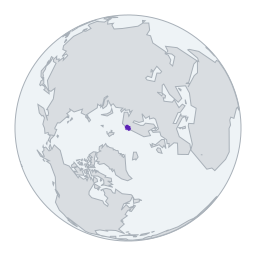 the Earth from above Troms, rotated 254°
{"feature_id": "NOR-900", "entity_name": "Troms", "entity_type": "County", "adm_level": 1, "iso_a3": "NOR", "parent_name": "Norway", "parent_adm1": "", "projection": "orthographic", "projection_center": [18.955, 69.32], "detail": "fine", "context": "on_globe", "style": "filled", "palette": "violet", "viewbox_px": 256, "rotation_deg": 254, "n_neighbors": 0, "source": "natural_earth", "source_scale": "10m", "svg_char_len": 13813}
<svg xmlns="http://www.w3.org/2000/svg" viewBox="0 0 256 256"><g transform="rotate(254 128 128)"><circle cx="128" cy="128" r="113" fill="#eef3f6" stroke="#a8b0b8"/><path d="M16.3,113.3L16.2,114.2L17.4,109.3L18.0,106.4L17.9,105.1L20.6,94.9L22.9,89.8L37.8,61.8L40.7,58.4L42.9,56.9L58.8,45.1L46.8,52.2L51.0,48.4L56.3,44.7L55.8,45.7L62.7,42.5L67.9,39.4L76.7,37.8L83.5,41.8L80.3,42.7L82.3,43.7L86.4,42.6L88.6,41.7L101.0,44.6L114.8,43.5L118.6,40.5L118.2,43.3L125.1,36.1L132.3,34.4L124.5,38.0L123.9,39.7L128.9,39.2L129.4,40.9L132.2,41.6L132.3,43.7L127.8,45.7L127.8,47.1L131.3,46.8L133.7,48.7L128.5,49.0L132.1,52.4L125.2,56.7L111.2,56.4L107.6,61.0L93.8,66.4L95.3,67.8L91.1,70.9L91.2,73.7L88.6,74.1L91.0,76.0L93.4,75.2L95.2,75.8L95.5,77.4L92.2,78.1L91.6,77.4L90.8,78.4L89.0,78.1L90.1,79.2L86.1,79.9L90.5,81.6L87.7,84.2L84.9,84.0L84.7,80.8L77.6,73.1L74.8,72.1L71.0,73.9L64.9,83.6L61.9,84.0L58.3,86.8L60.1,88.0L63.6,86.2L66.2,89.3L70.2,86.9L71.8,87.8L76.1,86.8L76.0,90.4L73.5,94.5L69.9,95.6L68.8,97.5L72.6,99.3L66.4,104.3L63.0,112.7L61.3,113.7L57.3,110.3L56.2,102.9L50.9,98.9L54.8,105.1L50.6,107.6L50.1,109.6L50.7,111.6L52.5,112.0L51.1,113.7L46.8,108.2L47.9,106.5L49.3,108.3L48.7,104.9L45.7,101.4L43.8,103.1L41.3,96.3L39.9,97.5L38.6,96.8L41.0,95.3L36.7,97.9L33.4,91.2L27.4,95.6L32.8,88.1L34.3,83.8L35.7,79.0L34.6,79.6L37.8,72.8L38.4,68.2L35.1,68.9L31.3,73.2L28.1,80.4L28.7,81.3L27.3,86.4L24.9,86.0L21.9,95.8L20.2,97.5L18.9,101.6L18.2,105.9L17.2,111.5L17.7,113.4L18.0,118.2L16.8,120.5L17.9,121.6L17.4,125.9L18.7,137.1L18.3,136.8L19.3,149.0L22.3,160.6L22.9,164.7L22.4,164.5L23.9,168.4L23.9,169.1L31.6,184.3L37.1,193.2L37.9,195.3L36.1,193.1L31.5,186.0L27.4,178.7L23.9,171.0L21.0,163.1L18.7,155.0L16.9,146.8L15.8,138.5L15.4,130.1L15.5,121.7L16.3,113.3ZM119.6,15.7L120.0,15.6L119.9,15.7L119.5,15.7L119.6,15.7ZM121.1,15.6L120.2,15.6L121.2,15.6L121.1,15.6ZM122.7,15.5L121.8,15.5L122.7,15.5ZM25.8,96.3L22.5,108.8L22.8,102.9L23.0,103.7L24.2,100.3L25.9,94.5L26.6,89.6L25.8,96.3ZM125.1,15.4L125.7,15.4L124.9,15.4L125.1,15.4ZM28.0,99.1L28.4,97.1L28.2,98.9L28.0,99.1ZM89.5,41.1L86.4,42.4L82.5,42.8L85.1,41.5L89.5,41.1ZM97.0,40.9L95.7,41.9L93.6,40.5L95.0,40.4L97.0,40.9ZM121.3,38.1L118.7,38.6L121.0,37.6L121.3,38.1ZM132.5,41.4L133.1,40.8L134.2,41.5L132.5,41.4ZM75.8,84.9L75.9,85.8L75.1,85.5L75.8,84.9ZM77.6,83.6L76.5,82.6L77.2,81.8L77.9,82.4L77.6,83.6ZM135.6,45.2L137.2,46.6L134.7,45.5L135.6,45.2ZM78.8,85.0L78.6,80.6L79.8,79.3L83.3,80.6L78.8,85.0ZM137.7,47.6L141.8,51.0L143.5,49.8L141.1,55.1L138.4,50.4L135.1,49.3L137.3,48.9L137.7,47.6ZM94.0,74.2L91.5,75.2L93.3,72.9L94.0,74.2ZM94.7,72.6L97.5,65.0L101.3,64.5L99.6,67.1L104.3,65.4L104.8,68.8L102.3,70.6L99.7,70.2L101.9,71.8L94.7,72.6ZM139.2,57.5L139.5,58.7L138.3,57.9L139.2,57.5ZM96.1,75.9L96.3,74.3L99.6,73.8L99.8,76.7L98.6,76.0L96.1,75.9ZM105.3,63.2L107.8,63.4L108.9,66.2L110.0,66.7L105.1,68.9L105.3,63.2ZM98.0,76.9L99.8,78.3L98.5,80.0L96.1,77.3L98.0,76.9ZM100.4,72.4L102.0,72.3L101.2,73.3L100.4,72.4ZM94.9,87.2L95.1,85.3L96.8,84.8L94.9,87.2ZM100.5,78.7L100.9,78.1L101.6,77.7L102.5,78.9L100.5,78.7ZM106.2,70.7L106.1,71.9L108.3,70.0L109.2,72.1L105.7,73.2L107.6,73.6L107.9,74.3L104.8,74.5L106.2,70.7ZM105.4,79.1L101.4,81.3L100.6,84.9L99.0,85.4L100.6,79.6L105.4,79.1ZM105.3,76.3L105.0,78.1L103.2,77.8L102.3,76.4L105.3,76.3ZM111.0,73.2L110.5,69.6L111.3,69.5L111.0,73.2ZM105.6,80.2L106.6,79.6L105.7,80.4L105.6,80.2ZM109.7,75.4L109.5,74.1L110.4,74.0L109.7,75.4ZM108.7,79.6L107.4,80.3L106.7,79.3L108.7,79.6ZM109.5,77.7L110.8,77.8L107.3,78.5L109.2,77.1L109.5,77.7ZM110.6,75.5L111.0,75.0L110.6,76.0L110.6,75.5ZM112.1,82.8L107.8,83.9L106.3,81.8L110.6,81.0L112.1,82.8ZM116.9,240.1L114.3,239.5L117.8,238.9L116.9,237.6L108.1,232.5L110.1,229.8L107.6,228.0L102.6,227.4L99.7,225.0L96.6,224.2L77.1,218.7L71.0,213.2L63.1,199.7L66.4,197.6L66.7,192.4L89.5,182.3L94.8,185.4L113.3,186.5L115.7,187.6L114.0,192.5L128.2,199.0L132.3,194.9L144.7,196.7L152.7,194.9L154.7,185.0L141.6,187.8L138.9,183.4L149.0,177.2L160.4,174.5L159.7,172.7L152.1,170.4L154.4,165.9L149.5,169.3L151.7,170.8L148.7,173.0L146.5,171.8L147.4,170.2L143.8,170.0L140.6,177.8L142.5,180.2L133.5,182.6L135.9,186.8L133.6,189.0L128.7,182.7L128.9,180.2L120.0,172.7L119.0,175.5L127.3,182.9L124.9,182.3L123.6,186.5L122.7,182.9L113.9,174.4L105.5,174.9L95.5,183.1L90.4,182.4L85.9,178.7L88.9,168.7L99.8,171.4L101.1,168.1L98.3,161.9L101.8,163.3L102.1,161.2L106.1,161.9L111.4,157.5L115.4,157.5L116.9,150.9L119.2,150.0L117.7,154.2L118.8,157.1L128.8,156.9L130.6,155.4L130.8,151.2L133.5,151.8L132.4,147.7L137.9,145.4L130.3,144.8L130.3,140.0L133.3,136.0L132.0,134.4L127.0,140.9L126.3,143.6L127.8,146.1L124.6,153.7L121.3,154.8L119.4,146.7L114.5,147.5L115.2,140.9L128.2,127.0L133.8,123.9L144.2,128.7L143.2,132.1L139.0,132.0L143.4,136.5L142.8,134.0L145.1,134.5L145.7,130.2L147.3,130.4L145.1,126.0L147.1,125.8L148.5,128.5L151.2,122.1L155.3,120.5L155.1,119.0L153.8,117.8L160.0,116.6L159.6,115.5L157.4,115.5L155.1,113.4L153.5,109.3L155.8,109.1L156.6,110.6L161.8,113.4L163.8,117.4L164.6,117.0L163.4,113.4L157.0,109.9L155.5,107.5L158.7,108.7L157.4,108.1L157.3,106.8L159.3,105.4L155.9,104.0L151.9,90.9L155.4,87.1L158.7,89.5L158.3,80.6L162.3,77.3L160.3,77.2L158.7,73.1L157.4,74.1L156.3,73.7L151.7,63.9L152.4,61.6L148.1,57.6L147.0,57.6L146.3,59.1L141.1,55.1L143.5,49.8L145.7,50.0L145.7,46.7L150.8,47.7L155.1,47.2L160.8,50.5L163.6,49.8L163.3,48.6L166.9,46.9L175.6,47.9L170.1,52.5L157.4,52.7L162.7,53.0L162.0,54.6L164.2,55.8L167.9,55.9L168.1,54.9L176.5,64.2L186.4,68.7L184.5,64.0L186.2,62.0L195.9,63.7L210.1,76.7L212.5,74.6L214.5,75.4L216.6,79.3L213.7,78.2L213.3,80.9L211.3,79.8L213.7,85.8L211.0,84.5L214.2,90.0L216.1,89.3L215.0,84.4L218.9,89.9L221.4,87.0L224.8,88.7L231.1,100.9L232.8,110.4L233.6,111.6L232.6,114.0L233.9,119.9L237.6,118.1L238.3,119.5L239.1,129.0L238.7,128.2L236.3,134.6L237.6,139.2L239.5,135.1L240.2,135.8L239.5,139.9L238.6,139.7L237.7,141.8L236.7,138.4L233.5,137.0L232.7,142.8L231.5,140.9L227.0,141.9L225.2,150.1L223.1,165.7L224.8,171.3L223.2,176.9L216.2,175.8L212.5,171.7L210.4,175.1L202.9,175.3L191.1,185.1L189.1,184.2L186.9,186.8L181.6,187.9L178.4,186.0L175.3,188.0L183.8,192.7L187.0,190.5L189.3,185.3L191.1,187.5L196.2,186.6L191.7,197.3L173.6,212.8L171.3,208.9L154.9,198.8L155.1,196.8L155.0,196.6L154.7,196.3L153.8,199.7L150.8,197.1L160.1,206.1L161.9,210.0L173.4,213.2L172.4,214.3L176.0,214.2L186.6,207.0L186.8,208.4L182.1,217.2L166.9,229.8L168.6,231.7L167.0,233.5L156.9,236.9L149.1,238.7L141.1,239.9L133.0,240.5L125.0,240.6L116.9,240.1ZM82.2,190.6L81.7,192.2L82.2,190.6ZM173.0,175.9L179.4,172.7L175.6,168.1L177.7,166.5L175.6,165.5L175.3,167.7L170.0,164.6L172.4,161.2L171.2,158.7L168.9,159.6L165.3,166.5L172.8,170.9L171.8,174.2L173.0,175.9ZM18.8,137.4L18.8,139.2L18.5,137.4L18.8,137.4ZM22.0,102.9L21.7,105.2L21.2,106.8L21.3,105.1L22.0,102.9ZM21.4,122.2L21.5,125.1L21.1,122.5L21.4,122.2ZM22.2,110.7L21.4,120.1L20.6,115.4L21.3,109.5L21.3,113.0L22.2,110.7ZM26.4,99.2L26.0,100.7L25.6,100.7L26.4,99.2ZM27.8,100.4L27.8,99.9L28.4,98.9L27.8,100.4ZM50.9,107.9L51.2,108.4L51.3,110.6L50.5,109.8L50.9,107.9ZM56.7,118.9L54.5,121.4L55.5,119.0L53.9,118.4L54.0,112.7L60.5,113.9L57.6,114.4L56.7,118.9ZM56.1,105.7L55.2,109.0L55.9,105.3L56.1,105.7ZM99.2,149.3L100.8,151.2L99.5,153.4L94.3,153.7L96.2,150.4L99.2,149.3ZM103.3,153.3L102.9,145.3L106.1,144.9L104.4,146.5L106.5,147.0L104.3,149.7L107.7,157.3L106.8,159.8L97.8,158.8L101.3,157.7L99.5,155.8L103.3,153.3ZM96.2,126.6L96.1,123.5L103.2,126.7L102.5,129.3L97.3,129.7L95.1,126.8L96.2,126.6ZM84.9,88.3L84.4,87.1L85.3,86.9L86.5,87.7L84.9,88.3ZM94.8,86.3L88.1,93.5L87.2,92.4L84.3,98.0L80.8,97.5L82.7,93.8L77.9,97.7L78.2,94.2L75.2,97.1L79.9,89.1L80.1,86.2L81.3,89.6L84.5,90.2L86.0,89.5L90.1,85.7L92.0,79.8L95.5,79.6L97.5,80.9L97.6,82.3L95.3,82.0L97.1,84.0L93.8,84.7L94.8,86.3ZM118.9,98.8L116.1,97.6L119.2,102.3L115.9,102.8L116.5,103.3L114.3,105.0L112.6,108.1L111.0,107.8L111.0,109.1L109.6,110.3L109.1,112.1L106.1,112.2L105.3,114.4L104.4,113.2L103.7,116.9L102.9,114.2L100.9,115.6L102.7,117.5L88.0,114.5L82.5,115.5L78.3,117.9L77.4,113.1L80.8,107.9L86.3,103.3L91.7,103.1L90.3,101.1L92.6,100.4L92.7,102.3L93.8,98.9L95.6,98.9L100.5,95.2L100.9,90.5L102.7,89.1L103.5,90.9L104.7,88.2L107.4,90.7L108.7,89.8L112.7,91.3L113.4,95.5L114.8,94.1L117.9,95.3L118.9,98.8ZM113.1,83.4L114.7,88.1L113.7,90.7L107.2,86.9L105.7,87.4L101.5,85.2L103.0,81.5L104.1,82.5L105.4,82.6L104.4,83.7L106.3,82.9L107.8,84.2L109.7,83.9L109.7,85.5L113.1,83.4ZM118.1,185.8L119.9,186.2L122.7,186.0L121.9,188.7L118.1,185.8ZM112.1,180.1L113.7,179.9L113.9,183.5L112.0,183.2L112.1,180.1ZM114.3,176.9L113.7,179.6L112.9,178.0L114.3,176.9ZM119.1,153.8L120.8,153.4L121.1,154.3L120.2,155.8L119.1,153.8ZM127.2,113.3L125.8,112.1L126.2,111.5L125.0,107.6L127.3,107.0L129.0,109.1L127.2,113.3ZM152.6,187.3L150.5,189.6L149.2,189.0L150.2,188.3L152.6,187.3ZM135.6,190.1L139.6,190.8L135.3,190.8L135.6,190.1ZM129.5,112.0L128.7,110.5L130.4,111.2L129.5,112.0ZM129.0,106.4L130.9,106.8L127.5,106.5L129.0,106.4ZM173.0,231.3L174.5,230.4L180.4,227.4L183.5,225.3L184.8,225.1L182.5,226.6L173.0,231.3ZM239.5,143.7L239.5,143.8L237.0,149.0L237.9,145.2L240.2,137.3L240.1,138.6L240.3,137.3L239.5,143.7ZM240.6,127.7L240.6,125.3L240.5,122.6L238.7,108.3L238.4,105.6L239.3,110.5L239.3,110.4L240.3,119.0L240.6,127.7ZM225.3,171.2L227.4,171.6L226.4,174.0L225.3,171.2ZM236.8,101.4L238.3,107.3L236.6,101.2L236.8,101.4ZM235.1,97.1L235.6,97.6L235.4,98.5L235.1,97.1ZM234.7,112.8L234.8,115.9L234.3,115.4L233.7,111.2L234.7,112.8ZM227.4,90.3L229.5,92.0L230.3,93.1L229.3,93.4L227.4,90.3ZM148.3,105.7L147.4,111.7L148.3,115.8L151.2,117.7L146.7,117.6L145.3,111.3L148.3,105.7ZM151.2,92.7L148.7,91.2L150.0,90.3L150.8,90.5L151.2,92.7ZM149.5,93.0L146.0,94.2L144.7,92.3L147.8,91.7L149.5,93.0ZM137.8,103.1L137.4,104.9L136.0,104.3L137.8,103.1ZM235.6,94.7L236.0,96.2L236.9,99.6L234.5,91.8L234.5,91.4L235.1,93.1L235.6,94.7ZM235.0,94.0L236.0,97.2L234.7,93.3L235.0,94.0ZM235.9,97.4L235.4,96.7L235.0,94.7L235.9,97.4ZM234.7,92.7L233.6,90.5L233.8,90.4L234.7,92.7ZM234.1,95.5L234.1,92.5L235.1,97.8L232.6,95.0L232.0,92.4L234.1,95.5ZM214.5,70.4L213.3,70.3L212.0,67.9L213.2,68.6L214.5,70.4ZM206.7,60.3L211.2,67.2L214.7,73.0L214.8,71.7L217.7,74.1L216.2,75.4L212.1,70.5L209.9,66.3L207.3,64.8L204.3,61.4L201.4,61.0L199.4,59.3L201.3,58.5L206.7,60.3ZM200.2,61.0L194.1,59.4L192.8,55.5L193.9,55.0L197.2,57.3L197.7,59.2L200.2,61.0ZM192.3,57.9L192.7,59.8L184.6,62.1L182.6,61.6L188.0,57.6L188.7,59.2L190.9,59.4L192.3,57.9ZM140.6,58.3L139.6,58.7L140.0,57.7L140.6,58.3ZM155.7,74.4L154.2,73.8L154.8,72.6L155.7,74.4ZM150.6,71.5L151.0,73.3L149.6,71.5L150.6,71.5ZM152.0,77.2L150.7,74.0L153.3,76.9L152.0,77.2Z" fill="#d9dde1" stroke="#a8b0b8" stroke-width="1"/><path d="M129.2,128.5L128.8,128.6L129.0,128.8L129.0,129.0L128.9,129.3L128.7,129.5L128.9,129.6L128.7,129.9L128.1,129.6L127.8,129.6L127.6,129.5L127.4,129.5L127.3,129.4L126.5,129.5L126.4,129.6L126.3,129.4L126.6,129.2L126.7,129.3L126.7,129.2L126.8,129.2L126.9,129.3L127.1,129.3L127.0,129.2L126.9,129.1L127.2,129.1L126.9,128.9L127.1,128.8L126.9,128.8L127.0,128.7L127.1,128.4L127.4,128.3L127.4,128.2L127.4,127.9L127.5,127.8L127.4,127.7L127.5,127.7L127.6,127.8L127.7,128.2L127.7,127.9L127.8,128.0L128.0,128.1L127.8,127.9L127.7,127.8L127.7,127.7L127.9,127.5L128.0,127.8L128.3,128.0L128.2,128.1L128.4,128.2L128.3,127.9L128.1,127.9L128.0,127.7L128.0,127.4L128.1,127.2L128.6,127.0L128.5,127.3L128.5,127.6L128.4,127.8L128.5,127.8L128.5,127.4L128.8,127.5L128.6,127.4L128.6,127.2L128.8,126.8L128.9,126.7L129.0,126.9L128.9,127.3L129.0,127.4L129.0,127.5L128.9,127.5L128.8,127.8L128.7,128.0L128.8,128.0L128.9,127.8L129.0,127.5L129.3,127.6L129.1,127.4L129.1,127.2L129.3,127.0L129.2,126.9L129.4,126.7L129.3,126.9L129.3,127.0L129.5,126.9L129.5,127.0L129.5,126.9L129.6,126.6L129.8,126.6L129.8,126.8L130.1,127.1L130.0,126.9L130.0,126.7L129.9,126.5L130.0,126.5L130.1,126.4L129.9,126.5L129.8,126.4L129.7,126.4L129.5,126.2L129.8,126.3L130.0,126.4L130.3,126.7L130.4,126.8L130.5,126.9L130.4,127.0L130.5,127.2L130.7,127.3L130.6,127.5L130.3,127.6L130.4,127.8L130.5,128.1L130.5,128.3L130.1,128.4L129.9,128.1L129.6,128.0L129.5,128.4L129.5,128.5L129.3,128.4L129.2,128.5ZM127.4,127.8L127.3,128.0L127.3,128.3L127.0,128.3L127.0,128.2L126.8,128.4L126.7,128.5L126.8,128.5L126.7,128.6L126.7,128.4L126.5,128.5L126.5,128.4L126.8,128.2L126.6,128.2L126.7,127.9L126.8,127.8L127.0,127.8L126.8,127.7L127.1,127.7L127.0,127.4L127.1,127.6L127.1,127.4L127.2,127.6L127.3,127.6L127.2,127.6L127.3,127.6L127.3,127.8L127.4,127.8ZM125.8,128.7L125.9,128.8L125.8,129.0L125.7,129.1L125.9,129.0L125.7,129.3L125.7,129.5L125.8,129.3L125.9,129.2L125.9,129.3L125.9,129.1L126.0,129.1L126.0,128.9L126.2,129.0L126.3,128.9L126.3,129.0L126.3,129.3L126.2,129.4L125.8,129.4L125.6,129.6L125.7,129.3L125.7,129.2L125.8,128.9L125.8,128.7L125.8,128.7ZM128.0,127.0L127.9,127.3L127.9,127.5L127.5,127.6L127.3,127.5L127.4,127.4L127.5,127.4L127.5,127.5L127.6,127.4L127.5,127.2L127.8,127.2L127.6,127.2L127.8,127.0L127.9,127.3L127.9,127.2L127.8,126.9L127.9,127.0L128.0,127.0ZM128.4,126.7L128.5,126.6L128.4,126.8L128.3,127.0L128.1,127.1L127.8,126.8L128.0,126.8L128.0,126.7L127.9,126.7L128.1,126.6L128.3,126.7L128.4,126.7ZM129.2,126.5L129.1,126.4L129.0,126.5L129.0,126.3L129.1,126.2L129.2,126.4L129.2,126.5ZM128.7,126.4L128.8,126.4L128.7,126.5L128.5,126.3L128.4,126.2L128.5,126.1L128.6,126.3L128.6,126.2L128.7,126.4ZM128.6,126.7L128.5,126.9L128.3,127.0L128.4,126.8L128.6,126.7ZM126.8,128.8L126.8,129.0L126.7,128.8L126.8,128.9L126.8,128.8ZM126.1,128.6L126.3,128.7L126.3,128.8L126.2,128.8L126.1,128.7L126.1,128.6ZM126.6,128.9L126.7,129.1L126.6,128.9ZM128.2,126.3L128.1,126.2L128.2,126.3ZM127.8,126.6L127.8,126.4L127.9,126.5L128.0,126.5L127.8,126.7L127.8,126.6ZM129.3,126.6L129.3,126.8L129.2,126.7L129.3,126.6L129.3,126.6ZM129.2,126.8L129.2,127.0L129.1,126.9L129.2,126.8ZM126.9,128.5L127.0,128.4L126.9,128.6L126.9,128.5ZM129.3,126.4L129.3,126.5L129.2,126.4L129.3,126.4L129.3,126.4ZM129.8,126.7L129.8,126.8L129.8,126.7Z" fill="#8b5cf6" stroke="#5b21b6" stroke-width="1.5"/></g></svg>